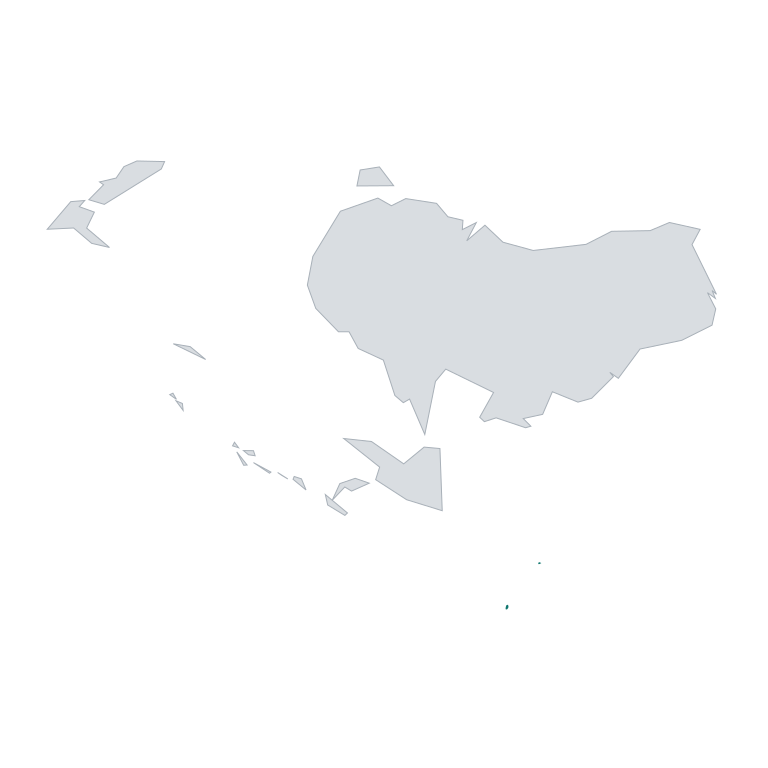 Palau highlighted on a map of Oceania, rotated 179°
{"feature_id": "PLW", "entity_name": "Palau", "entity_type": "country or territory", "adm_level": 0, "iso_a3": "PLW", "parent_name": "Oceania", "parent_adm1": "", "projection": "albers", "projection_center": [133.12, 5.367], "detail": "fine", "context": "in_parent", "style": "filled", "palette": "teal", "viewbox_px": 768, "rotation_deg": 179, "n_neighbors": 6, "source": "natural_earth", "source_scale": "50m", "svg_char_len": 2428}
<svg xmlns="http://www.w3.org/2000/svg" viewBox="0 0 768 768"><g transform="rotate(179 384 384)"><path d="M328.0,256.3L363.4,267.9L394.0,288.5L389.8,301.0L425.2,330.2L397.5,326.7L365.7,303.8L345.0,320.2L329.2,318.5L328.0,256.3ZM442.4,264.0L444.6,274.5L422.8,255.7L425.4,253.3L442.4,264.0ZM429.9,285.2L414.4,290.2L400.5,285.1L418.3,277.5L425.0,281.7L437.7,268.8L429.9,285.2ZM463.8,279.4L476.6,290.3L475.4,293.1L468.2,290.6L463.8,279.4Z" fill="#d9dde1" stroke="#a8b0b8" stroke-width="1"/><path d="M591.8,372.3L598.4,377.1L595.2,378.5L591.8,372.3ZM592.3,370.9L585.9,368.0L585.3,361.1L592.3,370.9Z" fill="#d9dde1" stroke="#a8b0b8" stroke-width="1"/><path d="M561.9,411.6L594.0,427.9L577.1,424.7L561.9,411.6Z" fill="#d9dde1" stroke="#a8b0b8" stroke-width="1"/><path d="M536.5,324.8L534.5,328.4L530.5,322.8L536.5,324.8ZM525.7,305.2L532.4,318.7L522.3,305.4L525.7,305.2ZM525.7,319.9L515.7,319.6L514.1,314.5L520.7,315.6L525.7,319.9ZM500.0,296.8L515.9,307.7L498.6,297.9L500.0,296.8ZM487.9,294.5L491.9,297.4L481.8,290.7L487.9,294.5Z" fill="#d9dde1" stroke="#a8b0b8" stroke-width="1"/><path d="M718.0,544.6L694.0,571.8L680.0,572.7L685.6,566.6L670.6,560.9L678.6,545.1L656.1,525.3L673.8,529.7L691.6,545.4L718.0,544.6ZM602.9,602.9L660.5,568.5L675.9,573.4L660.9,588.1L664.9,591.0L648.2,594.6L640.2,605.9L627.2,611.3L599.5,610.2L602.9,602.9Z" fill="#d9dde1" stroke="#a8b0b8" stroke-width="1"/><path d="M370.9,582.1L407.6,582.5L404.1,598.4L384.8,601.1L370.9,582.1ZM179.5,520.1L153.8,532.7L115.2,532.7L95.8,540.5L65.2,533.1L73.6,518.0L50.0,467.9L54.3,471.7L51.2,463.8L59.0,469.7L51.0,453.3L55.0,437.1L85.5,422.5L127.4,414.5L149.6,385.6L158.0,391.7L154.5,387.4L176.6,366.1L190.4,362.5L215.8,373.3L225.9,350.9L245.4,347.0L237.9,339.2L243.2,337.8L272.5,348.2L284.3,344.6L288.9,349.1L274.6,373.6L322.0,397.8L332.5,385.7L344.1,332.8L358.7,368.5L365.0,365.0L373.3,372.3L384.2,407.9L409.2,420.0L418.0,436.8L428.6,437.0L450.9,460.8L458.9,484.2L452.9,512.8L424.6,557.5L386.9,570.0L373.5,562.1L359.0,569.0L328.3,563.7L317.2,550.1L302.2,546.3L303.0,537.0L288.9,543.8L298.8,525.7L280.3,541.0L262.6,523.7L232.5,514.9L179.5,520.1Z" fill="#d9dde1" stroke="#a8b0b8" stroke-width="1"/><path d="M265.0,160.0L264.4,160.2L264.2,159.4L264.3,158.6L264.6,157.9L265.1,157.7L265.6,156.7L265.6,157.2L265.4,158.8L265.1,159.4L265.0,160.0ZM231.9,202.3L231.7,202.3L231.5,202.2L231.9,202.0L232.0,202.0L231.9,202.3Z" fill="#14b8a6" stroke="#0f766e" stroke-width="1.5"/></g></svg>